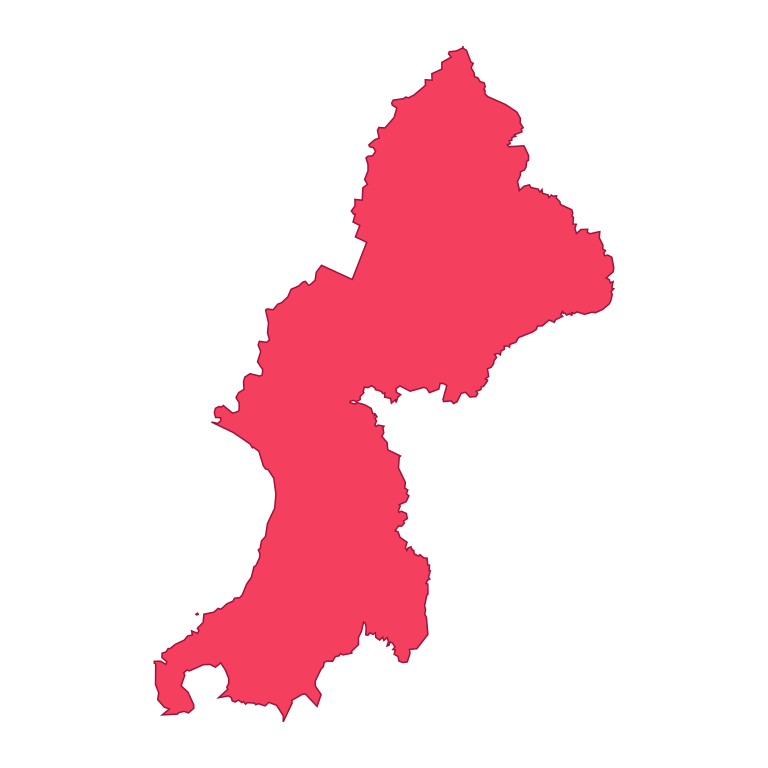 Puerto Vallarta, Jalisco, Mexico
{"feature_id": "50627088B20857302677335", "entity_name": "Puerto Vallarta", "entity_type": "district", "adm_level": 2, "iso_a3": "MEX", "parent_name": "Mexico", "parent_adm1": "Jalisco", "projection": "robinson", "projection_center": [-105.162, 20.698], "detail": "fine", "context": "isolated", "style": "filled", "palette": "rose", "viewbox_px": 768, "rotation_deg": 0, "n_neighbors": 0, "source": "geoboundaries", "source_scale": "gbopen_adm2", "svg_char_len": 6090}
<svg xmlns="http://www.w3.org/2000/svg" viewBox="0 0 768 768"><path d="M283.2,721.9L292.1,703.1L291.8,700.4L302.5,694.2L305.5,694.1L317.1,706.4L321.1,694.5L315.4,686.1L315.1,681.5L320.9,669.3L323.4,666.6L324.2,662.4L326.9,661.1L332.6,661.3L335.4,656.5L339.0,655.9L340.4,653.6L343.2,654.9L351.9,653.1L351.5,651.4L358.5,644.6L358.5,637.5L361.5,631.2L363.6,622.2L365.3,623.4L366.1,627.4L365.8,634.8L367.9,635.3L369.9,632.9L373.0,634.3L375.3,632.9L375.8,637.4L379.7,640.1L382.7,637.2L383.8,640.5L387.3,637.7L388.4,641.6L387.0,646.0L388.9,645.3L390.2,642.0L392.5,643.1L395.0,647.0L392.8,649.5L395.3,649.9L394.1,654.3L398.1,656.5L398.9,661.0L402.9,662.6L407.3,661.9L410.0,653.4L409.5,649.4L416.8,648.7L427.9,634.4L426.4,617.1L424.7,614.2L425.6,609.7L424.6,605.8L426.8,595.2L428.0,594.1L427.8,584.0L426.0,583.5L427.7,580.0L429.8,579.1L428.6,577.1L430.3,570.7L429.1,570.4L429.5,565.1L427.7,564.8L427.1,558.1L424.0,558.0L419.9,554.6L418.6,556.0L414.2,553.9L413.8,550.4L412.3,550.1L411.0,546.8L407.9,548.1L406.8,550.4L405.4,547.7L407.1,542.2L400.1,537.4L398.0,531.7L395.1,530.9L398.3,526.1L401.7,526.1L404.3,523.3L403.6,520.9L407.3,518.6L406.4,513.5L401.3,511.2L399.0,512.3L398.5,510.8L400.2,506.0L399.2,504.7L406.1,501.7L408.9,495.8L406.4,493.9L407.8,490.0L404.7,488.0L405.4,482.5L398.5,468.0L399.2,457.2L400.5,456.0L387.8,449.8L387.1,442.6L381.8,436.3L383.8,432.8L382.9,427.7L384.0,426.2L378.2,425.1L376.0,426.4L374.9,424.8L376.5,421.2L375.1,418.5L377.0,416.8L375.4,414.3L374.4,415.2L374.8,413.8L372.6,413.2L371.2,408.4L364.5,404.7L357.4,402.7L354.7,404.0L350.2,402.7L350.2,401.3L353.7,400.4L356.1,401.7L360.2,399.6L360.1,396.6L363.9,392.6L363.2,391.4L364.4,387.1L367.9,387.7L371.5,385.7L375.0,387.9L375.3,389.6L381.0,391.3L383.0,393.7L384.9,392.9L384.6,397.2L390.6,398.4L391.4,403.2L395.6,399.7L396.1,402.6L397.7,397.4L400.7,394.6L396.5,392.4L396.0,388.7L400.0,385.9L410.1,391.2L423.9,387.4L426.7,388.4L429.4,392.7L438.8,389.1L440.1,383.4L443.5,383.6L446.8,385.5L443.0,399.3L443.5,401.6L451.1,400.9L453.6,403.6L457.1,401.7L461.2,393.3L465.6,392.3L469.8,397.0L475.8,396.6L477.8,393.6L476.2,391.3L480.9,389.6L481.4,387.0L483.7,386.2L487.2,381.3L487.6,380.1L485.3,378.9L488.7,376.5L487.4,368.8L491.0,367.4L493.5,364.0L494.1,360.6L496.6,357.4L494.6,354.4L498.1,353.4L500.4,354.9L501.0,351.0L504.4,349.3L504.1,346.3L507.8,345.9L509.6,347.2L509.8,344.4L515.9,342.3L518.5,337.6L532.7,331.9L536.5,329.2L537.4,326.0L542.2,325.9L549.1,320.0L554.3,322.3L555.6,319.7L562.6,316.4L560.7,314.4L562.7,311.5L563.2,313.2L564.9,313.0L566.5,315.1L569.6,313.7L571.2,315.1L572.2,314.8L571.7,312.6L574.4,313.5L577.0,311.9L584.6,314.3L592.0,312.2L595.4,312.7L602.5,309.5L609.3,303.8L610.7,300.9L612.3,294.6L611.1,291.6L613.8,288.8L611.8,288.0L613.1,281.6L610.3,282.8L609.2,279.5L606.1,278.0L613.1,271.9L613.8,267.8L611.8,257.2L607.8,255.1L604.5,255.7L603.8,252.9L605.5,250.6L602.8,249.1L602.9,245.1L599.3,237.9L599.8,231.6L590.1,233.7L587.3,232.4L587.7,229.3L580.9,229.5L576.5,233.5L574.9,228.5L576.3,224.3L572.9,224.0L573.5,217.5L571.9,216.0L572.8,213.1L571.8,209.8L560.5,204.5L559.9,201.7L556.2,198.0L556.6,195.8L552.9,196.2L551.3,195.0L548.9,197.7L548.1,194.9L542.5,193.3L542.0,189.5L539.9,192.1L538.3,189.1L530.8,187.5L529.5,184.8L524.0,186.2L518.7,191.2L519.4,189.6L517.5,181.6L520.5,175.1L520.4,171.9L524.4,170.0L526.0,167.3L526.7,161.4L528.5,160.3L528.6,155.6L524.0,145.8L508.9,146.7L507.3,144.9L510.2,143.7L509.3,140.7L511.7,140.3L512.1,137.3L515.7,136.3L514.1,134.9L522.0,131.8L521.3,129.0L523.2,127.7L520.2,123.0L520.4,118.4L516.9,112.1L505.5,104.5L487.7,96.6L484.9,93.7L485.1,90.5L483.8,89.5L485.2,86.6L484.3,83.0L480.1,81.5L477.7,77.7L474.5,76.7L474.0,72.6L471.1,67.8L473.2,63.4L470.8,61.9L466.5,50.3L462.8,48.1L463.3,46.1L462.4,48.1L456.2,51.0L449.4,51.7L448.5,53.7L451.1,57.1L441.8,62.4L441.9,69.1L431.8,73.7L432.1,80.2L425.3,79.7L425.4,85.4L414.0,95.0L408.4,97.9L405.8,97.0L403.4,98.7L393.2,100.1L391.7,103.0L392.3,105.2L396.8,108.0L394.1,117.5L385.0,127.9L378.8,127.5L377.5,130.4L379.1,138.1L374.9,139.6L368.9,144.8L369.5,146.6L373.4,147.7L375.6,151.4L372.5,155.8L368.0,156.2L366.0,157.9L368.0,164.4L368.0,171.0L364.6,179.5L367.5,184.3L362.9,187.7L362.2,200.2L354.9,199.4L355.1,205.8L351.3,211.0L353.6,214.2L355.3,214.2L353.0,222.0L359.8,225.4L355.4,236.9L366.7,242.3L352.2,279.5L321.5,265.3L316.3,272.2L315.1,280.3L310.0,284.9L308.6,285.3L305.3,281.3L302.7,282.2L298.7,286.0L291.1,289.3L287.8,296.9L281.6,302.7L277.7,304.2L273.1,309.8L267.2,308.9L265.6,310.1L268.5,323.1L267.5,332.8L269.5,339.9L266.7,342.3L259.4,341.3L258.2,345.0L260.7,351.6L257.5,361.8L262.7,369.6L262.2,374.9L259.9,376.1L250.1,373.7L244.8,377.1L243.5,382.0L244.0,389.4L238.7,392.6L236.0,397.5L239.2,402.8L239.1,410.1L237.9,411.5L232.6,413.2L223.3,405.5L221.2,407.2L219.0,406.5L215.5,408.3L214.3,412.5L215.6,417.5L220.8,417.8L220.8,420.7L217.7,423.4L211.4,422.0L233.3,432.5L250.0,443.9L252.4,447.8L253.4,447.2L258.9,451.3L263.3,465.8L265.6,469.0L268.1,469.5L273.8,478.3L275.9,494.2L274.7,508.2L267.5,523.4L265.5,536.5L261.5,540.9L260.2,548.3L258.3,549.9L260.0,554.0L259.5,557.9L255.9,565.6L253.9,566.9L251.5,577.0L246.6,584.2L242.3,594.9L239.8,597.6L234.5,598.2L232.9,601.2L227.0,603.7L221.0,609.2L218.1,608.4L213.8,612.2L203.9,614.2L203.1,622.5L197.4,628.2L198.9,630.6L197.6,633.3L191.6,630.9L192.4,634.9L187.6,636.0L184.3,640.1L175.4,644.3L169.8,648.7L168.1,648.5L166.2,651.8L162.1,653.2L161.9,657.6L166.8,661.7L165.8,664.3L160.5,661.2L154.3,661.3L154.2,663.1L155.7,664.0L155.5,684.5L158.7,692.7L157.7,699.7L164.2,707.1L169.4,709.0L162.2,714.9L177.5,714.1L178.8,712.6L184.1,711.4L188.5,712.9L193.8,708.3L193.7,704.7L188.0,692.2L181.1,685.8L184.8,675.2L183.7,672.9L186.9,670.0L189.4,670.9L203.3,664.7L210.0,664.4L215.3,667.2L220.8,662.9L225.6,670.5L228.6,678.2L228.7,683.6L226.8,687.0L227.7,689.3L218.6,697.7L228.6,695.9L231.3,697.8L232.2,700.9L235.0,702.0L238.5,700.1L241.9,702.6L243.5,701.7L245.7,704.2L247.2,702.7L254.3,703.1L255.7,704.7L258.4,703.7L265.1,705.9L268.8,702.4L276.5,705.2L283.3,715.8L283.2,721.9ZM198.2,614.4L197.7,613.2L195.9,614.3L196.6,614.9L198.2,614.4Z" fill="#f43f5e" stroke="#9f1239" stroke-width="1.5"/></svg>